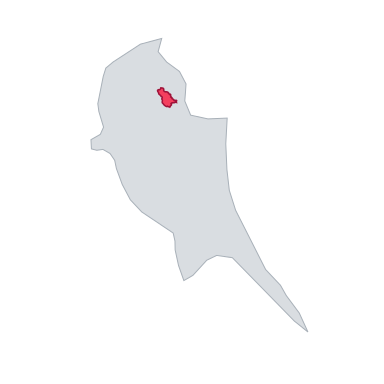 location of Kampos, Nicosia, Cyprus, rotated 81°
{"feature_id": "46923920B48864279122455", "entity_name": "Kampos", "entity_type": "district", "adm_level": 2, "iso_a3": "CYP", "parent_name": "Cyprus", "parent_adm1": "Nicosia", "projection": "mercator", "projection_center": [32.714, 35.063], "detail": "fine", "context": "in_parent", "style": "filled", "palette": "rose", "viewbox_px": 384, "rotation_deg": 81, "n_neighbors": 0, "source": "geoboundaries", "source_scale": "gbopen_adm2", "svg_char_len": 2991}
<svg xmlns="http://www.w3.org/2000/svg" viewBox="0 0 384 384"><g transform="rotate(81 192 192)"><path d="M274.5,204.2L278.2,213.9L262.5,216.8L246.6,217.7L237.8,216.5L229.6,217.0L203.9,244.7L190.1,254.1L173.7,259.7L157.0,263.0L148.6,263.4L141.2,266.9L136.0,273.3L135.9,279.5L133.7,284.6L124.5,283.6L120.7,273.5L114.1,269.2L97.9,271.4L90.0,271.2L64.0,261.6L56.1,257.7L51.2,249.5L37.9,219.8L35.6,197.9L48.1,203.5L59.7,196.7L71.0,185.5L84.3,181.0L92.7,182.9L101.0,184.9L115.9,181.3L122.3,164.8L124.5,145.7L149.7,151.1L175.3,154.0L196.2,154.9L216.8,151.8L280.1,131.4L298.0,119.2L309.0,115.1L328.3,105.0L348.4,99.4L335.5,111.1L263.2,162.4L258.5,177.6L261.7,188.1L271.9,200.9L274.5,204.2Z" fill="#d9dde1" stroke="#a8b0b8" stroke-width="1"/><path d="M84.2,206.5L84.3,206.6L84.6,206.6L84.9,206.7L85.9,207.9L85.8,208.5L85.7,208.9L85.9,209.1L85.8,209.3L86.0,210.0L86.5,210.2L86.8,210.2L87.3,210.1L87.7,210.0L88.0,209.8L88.3,209.6L89.0,209.5L89.7,209.5L90.4,209.2L90.6,208.9L91.1,208.5L91.4,208.3L91.7,208.0L92.1,207.7L92.8,207.6L93.2,206.8L93.7,206.6L94.5,206.7L94.9,207.1L95.4,207.3L96.3,207.0L96.7,206.9L97.5,207.0L97.9,207.2L98.4,207.4L98.9,207.4L99.5,207.3L99.8,207.0L100.1,206.8L100.5,206.6L101.0,206.3L101.6,206.0L102.3,205.4L102.9,204.8L103.4,204.1L103.7,203.6L103.6,203.0L103.5,202.7L103.8,202.6L103.9,202.3L104.0,202.1L104.2,201.8L104.2,201.4L104.4,201.1L104.3,200.9L104.7,200.6L104.3,200.2L104.0,200.0L103.8,200.0L103.6,199.7L103.4,199.6L103.3,199.4L103.2,199.2L102.8,198.7L102.4,198.8L102.1,198.6L102.0,198.8L101.6,198.8L101.3,198.9L101.2,198.7L100.8,197.9L100.9,197.6L100.8,197.4L100.9,196.7L100.8,196.4L101.0,196.2L101.1,195.6L100.7,195.2L100.8,194.9L100.8,194.7L100.9,194.4L100.8,194.1L100.9,193.8L100.9,193.6L101.1,193.3L100.7,193.3L100.5,193.6L100.1,194.0L99.8,194.0L99.4,193.9L99.4,193.7L99.6,192.4L99.4,192.7L99.3,192.9L99.0,193.1L98.9,193.5L98.9,194.0L98.9,194.3L98.8,194.8L98.5,195.2L98.2,195.4L98.3,195.6L97.9,195.8L97.7,195.9L97.6,196.1L97.1,196.3L96.9,196.6L96.8,197.0L96.5,197.1L96.1,197.2L95.8,197.0L95.6,197.1L95.5,197.3L95.4,197.5L95.3,197.8L95.1,197.9L94.9,197.8L94.8,198.0L94.7,197.9L94.3,197.9L94.1,198.0L93.9,198.0L93.5,198.0L93.1,197.9L92.7,197.8L92.4,197.9L92.6,198.1L92.5,198.3L92.3,198.4L92.3,198.5L92.2,198.7L92.0,198.8L92.1,199.0L91.9,199.1L91.7,199.1L91.5,199.3L91.4,199.3L91.1,199.4L91.0,199.5L90.8,199.5L90.7,199.7L90.6,199.8L90.5,199.7L90.3,199.8L90.2,199.8L90.0,200.0L90.0,200.3L89.8,200.4L89.7,200.4L89.7,200.5L89.4,200.7L89.4,200.9L89.3,201.0L89.2,201.0L89.1,201.3L89.0,201.5L89.0,201.9L89.0,202.1L88.9,202.2L88.9,202.4L88.9,202.6L88.7,202.8L88.7,203.0L88.6,203.3L88.4,203.5L88.2,203.6L88.0,203.8L87.9,203.9L87.7,204.0L87.4,204.1L87.2,204.0L86.8,204.0L86.7,204.0L86.5,203.9L86.4,203.9L86.1,203.8L85.9,203.8L85.8,204.0L85.7,204.1L85.3,204.1L85.2,204.1L85.0,204.3L84.9,204.4L84.9,204.5L84.8,204.8L84.7,204.9L84.7,205.0L84.5,205.4L84.5,205.5L84.5,205.8L84.4,206.0L84.3,206.3L84.2,206.4L84.2,206.5Z" fill="#f43f5e" stroke="#9f1239" stroke-width="1.5"/></g></svg>